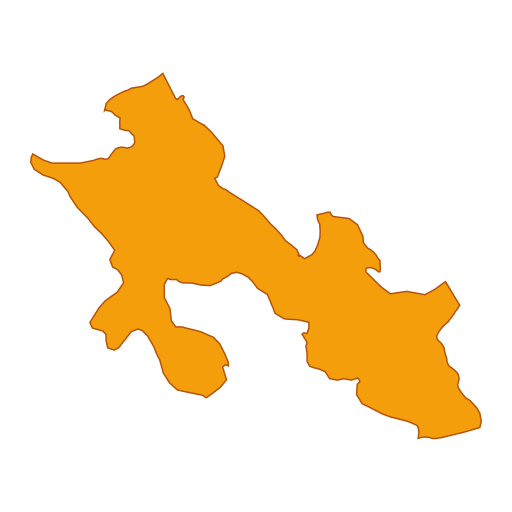 Ba'dan, Ibb, Yemen (Robinson projection)
{"feature_id": "15242507B32892695664802", "entity_name": "Ba'dan", "entity_type": "district", "adm_level": 2, "iso_a3": "YEM", "parent_name": "Yemen", "parent_adm1": "Ibb", "projection": "robinson", "projection_center": [44.318, 13.989], "detail": "fine", "context": "isolated", "style": "filled", "palette": "amber", "viewbox_px": 512, "rotation_deg": 0, "n_neighbors": 0, "source": "geoboundaries", "source_scale": "gbopen_adm2", "svg_char_len": 5129}
<svg xmlns="http://www.w3.org/2000/svg" viewBox="0 0 512 512"><path d="M206.4,397.7L209.0,395.9L213.4,392.6L217.9,389.2L220.2,387.5L223.3,383.7L226.5,379.8L222.6,367.0L225.5,364.7L228.3,365.9L228.3,362.3L224.5,353.3L222.6,349.5L219.5,343.5L216.3,340.3L213.2,337.2L205.6,333.9L200.7,331.7L192.4,329.6L186.9,328.3L181.9,326.9L175.7,326.9L171.3,320.6L170.0,308.8L166.7,302.2L164.3,297.6L164.3,284.4L167.4,278.8L168.5,278.6L169.4,279.3L171.0,279.5L176.7,279.6L177.9,280.7L179.2,281.7L180.2,282.0L181.8,282.7L184.5,282.9L191.6,283.0L198.1,284.4L200.6,285.0L204.9,285.3L210.0,285.6L216.3,283.1L220.6,281.4L222.5,279.0L227.7,276.2L231.3,273.5L231.9,273.1L233.7,273.0L235.4,272.7L236.3,272.1L241.8,273.7L248.1,277.1L252.7,281.8L257.5,288.3L267.5,294.5L271.6,304.6L273.2,308.4L275.1,313.3L283.8,318.6L286.2,319.1L297.1,319.7L300.1,320.2L308.9,322.3L308.9,327.9L307.0,333.5L303.9,332.8L302.0,334.2L303.9,337.0L304.0,337.5L306.4,341.1L306.8,341.8L307.0,342.8L306.8,343.8L305.9,345.7L307.1,353.7L307.1,361.4L309.6,366.2L313.4,367.6L319.0,369.0L325.3,371.8L329.7,378.7L337.2,380.1L344.0,378.7L351.6,380.1L357.8,378.0L359.7,380.8L359.7,382.1L357.2,384.2L356.6,394.7L362.2,403.8L366.6,405.8L379.8,412.6L382.9,414.2L390.4,416.9L404.1,420.4L406.7,421.1L412.3,423.2L417.2,425.5L418.4,428.8L418.8,431.0L419.0,432.4L418.6,434.5L418.4,436.6L418.1,438.3L422.6,437.1L426.6,437.1L428.9,437.3L432.2,438.4L434.7,438.6L437.6,438.2L441.5,437.6L464.5,432.0L479.4,427.7L479.8,427.5L481.3,421.1L479.8,413.2L476.6,407.7L470.3,400.8L465.5,397.7L461.9,393.3L458.5,388.2L457.6,384.7L458.2,382.6L458.7,380.9L459.1,379.1L458.9,377.3L458.5,375.3L457.7,373.7L456.6,372.3L455.4,371.0L453.9,369.7L452.5,368.5L451.1,367.5L449.4,366.4L448.4,365.0L447.5,362.9L446.9,361.0L446.8,359.1L446.3,357.2L445.7,355.5L445.1,353.5L444.7,351.6L444.4,349.8L444.2,348.2L443.2,346.3L441.0,342.9L439.0,341.2L437.4,339.3L436.8,337.4L436.9,335.5L439.0,331.4L441.8,327.7L445.1,324.4L448.3,321.6L448.7,320.9L449.8,319.4L452.0,316.7L453.1,315.0L454.4,313.4L455.2,311.7L456.6,310.0L457.8,308.4L458.3,307.4L458.6,306.8L459.8,305.2L459.5,305.0L454.8,297.2L445.5,281.6L434.6,289.5L424.9,294.7L412.9,292.5L406.9,291.4L403.1,291.9L396.3,292.9L390.3,293.8L388.9,292.7L381.2,287.0L365.8,271.8L365.9,269.3L366.6,268.0L370.5,267.6L373.2,268.3L375.6,269.5L377.3,270.8L378.2,271.6L379.1,272.0L380.0,271.6L380.3,269.4L380.2,268.3L380.0,261.4L379.9,260.3L378.8,259.4L377.7,258.1L376.2,255.2L373.7,252.3L370.6,249.7L368.3,248.5L365.4,245.6L363.4,242.4L362.9,236.3L357.5,224.7L349.0,218.5L345.8,218.1L337.7,217.1L333.0,216.4L331.1,214.7L330.2,212.2L327.7,212.2L327.7,212.3L317.0,214.9L317.2,216.6L317.5,219.1L318.6,222.0L319.7,224.2L320.2,231.1L319.9,237.4L317.7,244.8L314.9,251.1L312.0,254.6L304.5,258.7L300.2,255.6L298.8,256.1L298.2,255.2L299.0,254.5L298.6,254.0L298.6,253.7L296.9,249.8L292.3,245.9L285.4,240.6L281.7,235.4L275.2,228.2L271.0,224.5L266.3,218.9L262.1,214.2L258.4,210.6L244.7,201.9L243.3,200.9L241.9,200.1L234.2,195.3L229.0,192.0L226.0,189.7L222.9,188.6L218.3,185.3L214.7,178.2L217.4,177.0L219.2,172.3L222.5,163.5L224.8,156.2L222.9,145.8L221.0,143.6L215.9,137.5L211.2,131.9L207.4,128.3L204.2,125.2L201.0,123.6L194.9,120.0L192.8,118.9L189.1,109.6L183.0,99.5L183.1,99.2L183.3,98.7L183.7,98.1L184.1,97.4L184.0,96.9L183.5,96.0L183.0,95.7L182.4,95.7L182.1,95.8L181.3,96.0L180.6,96.4L179.9,96.9L179.4,97.6L178.7,98.3L178.4,98.6L178.0,98.6L177.3,99.4L176.8,99.5L175.6,98.5L162.8,73.4L159.0,76.6L153.4,80.2L147.4,83.9L146.9,84.3L142.4,86.4L136.9,87.3L131.5,88.1L127.5,90.3L124.8,91.0L119.8,93.4L114.7,96.1L109.5,99.8L106.3,103.4L104.9,109.0L104.6,110.5L104.7,110.4L105.2,110.3L105.5,110.1L105.9,110.1L106.1,109.9L106.3,110.0L107.9,110.7L109.8,111.0L111.5,111.7L113.0,112.8L114.3,114.3L115.9,115.6L117.5,116.6L119.1,117.5L120.1,118.0L119.7,121.6L119.9,125.7L119.8,126.7L119.8,128.7L121.8,129.5L123.6,129.8L124.2,130.1L125.2,130.3L128.6,130.7L129.5,131.1L130.6,132.7L132.3,134.5L133.6,135.4L134.2,136.5L134.5,140.2L134.8,142.3L134.2,143.4L133.8,144.3L132.6,145.8L131.1,146.9L129.4,147.6L127.7,148.1L126.0,147.9L124.2,147.5L122.4,147.2L120.6,147.2L118.8,147.7L117.0,148.2L115.4,149.1L114.1,150.6L113.0,152.2L111.7,153.8L110.6,155.4L109.4,157.1L108.2,158.5L106.4,159.2L104.6,159.1L102.9,158.6L101.2,158.4L99.4,158.5L97.7,159.0L95.9,159.5L94.9,160.0L94.3,160.2L92.5,160.7L90.6,161.0L80.3,163.1L72.6,163.1L52.1,163.1L43.7,160.2L35.9,155.9L32.8,153.9L31.3,157.3L30.7,162.1L34.2,169.3L40.5,173.3L43.1,175.0L45.5,175.8L47.4,176.4L53.5,178.5L60.3,182.5L64.1,187.0L67.7,191.2L70.2,196.8L74.9,203.8L77.1,207.2L88.0,218.4L91.5,222.9L94.3,226.5L101.6,233.5L105.7,238.3L108.9,242.1L111.4,245.6L114.7,250.3L109.8,259.5L112.6,267.1L117.5,269.6L121.5,274.6L123.6,282.7L117.5,291.9L112.3,295.7L105.3,300.7L98.9,308.0L96.3,312.2L89.9,322.4L92.5,328.1L102.8,331.0L106.0,334.5L106.1,340.3L107.6,347.8L114.4,350.1L118.6,347.8L121.1,344.6L126.4,337.9L131.5,331.5L137.8,329.1L141.9,330.3L147.7,336.1L150.6,341.1L154.0,347.1L156.4,353.4L159.7,359.8L162.3,369.1L163.4,373.2L169.7,383.0L175.1,387.9L177.5,390.0L186.6,392.0L190.5,392.8L198.4,394.4L202.0,395.1L206.4,397.7Z" fill="#f59e0b" stroke="#b45309" stroke-width="1.5"/></svg>